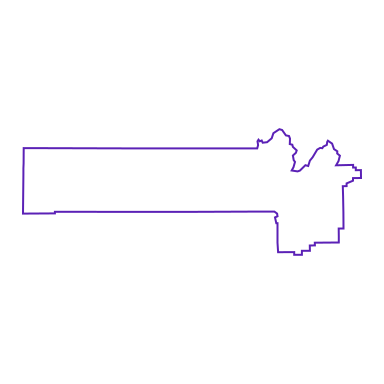 outline of Juab, Utah, United States of America
{"feature_id": "52423323B30797583930625", "entity_name": "Juab", "entity_type": "district", "adm_level": 2, "iso_a3": "USA", "parent_name": "United States of America", "parent_adm1": "Utah", "projection": "equal_earth", "projection_center": [-112.172, 39.663], "detail": "fine", "context": "isolated", "style": "outline", "palette": "violet", "viewbox_px": 384, "rotation_deg": 0, "n_neighbors": 0, "source": "geoboundaries", "source_scale": "gbopen_adm2", "svg_char_len": 1236}
<svg xmlns="http://www.w3.org/2000/svg" viewBox="0 0 384 384"><path d="M353.1,164.9L336.1,165.3L338.5,161.1L339.9,155.7L337.2,153.5L337.3,151.3L334.0,149.1L332.1,143.6L329.9,142.1L327.9,140.7L327.2,141.9L326.8,144.9L323.3,146.6L322.3,148.2L320.2,147.9L317.2,149.6L312.6,157.3L309.9,160.6L308.2,166.0L305.4,165.2L299.9,170.6L297.6,171.4L291.7,170.5L293.5,167.2L295.0,161.9L293.7,160.1L292.9,155.5L295.9,152.8L296.7,150.4L292.9,146.9L292.3,144.7L289.8,144.1L290.0,138.6L289.0,136.0L285.9,135.4L282.1,130.0L279.4,129.2L273.4,133.2L271.7,138.3L267.1,142.2L262.7,142.7L261.7,140.5L259.8,141.3L258.5,139.7L257.5,141.3L258.1,145.1L257.2,148.4L133.1,148.4L23.7,148.1L23.6,163.5L23.4,168.3L23.4,174.6L23.0,213.6L54.9,213.4L54.9,211.8L181.5,211.9L255.4,211.6L274.4,211.6L277.1,213.6L277.5,216.3L275.0,217.4L276.3,223.2L277.5,223.2L277.5,227.1L277.5,231.3L277.5,239.6L277.5,242.7L278.1,252.2L294.2,252.1L294.2,254.8L301.9,254.8L301.9,250.8L309.9,250.8L309.8,245.5L314.9,245.4L314.8,242.7L338.8,242.5L338.8,236.3L338.7,228.5L343.5,228.5L343.4,212.7L343.1,196.6L342.8,186.2L346.6,186.1L346.6,183.4L353.0,180.7L353.0,178.1L361.0,178.0L360.9,170.1L355.8,170.2L355.8,167.5L353.1,167.5L353.1,164.9Z" fill="none" stroke="#5b21b6" stroke-width="2"/></svg>